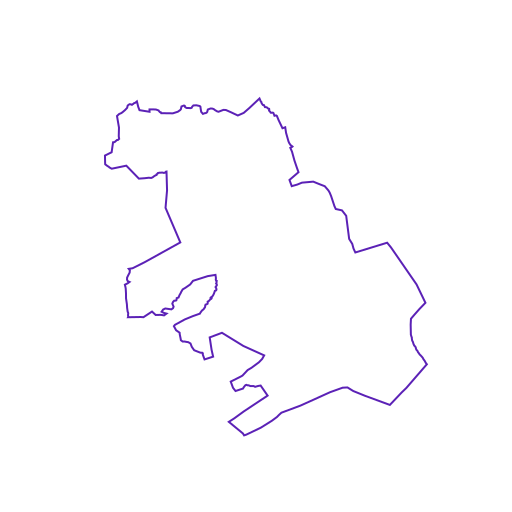 Maradun, Zamfara, Nigeria (Mercator projection), rotated 159°
{"feature_id": "59680162B87372052025364", "entity_name": "Maradun", "entity_type": "district", "adm_level": 2, "iso_a3": "NGA", "parent_name": "Nigeria", "parent_adm1": "Zamfara", "projection": "mercator", "projection_center": [6.33, 12.717], "detail": "fine", "context": "isolated", "style": "outline", "palette": "violet", "viewbox_px": 512, "rotation_deg": 159, "n_neighbors": 0, "source": "geoboundaries", "source_scale": "gbopen_adm2", "svg_char_len": 4817}
<svg xmlns="http://www.w3.org/2000/svg" viewBox="0 0 512 512"><g transform="rotate(159 256 256)"><path d="M164.7,278.8L164.4,285.0L164.5,288.8L164.9,291.2L166.8,296.5L171.0,300.3L175.7,304.7L175.9,304.9L186.8,308.0L191.9,307.9L197.6,308.4L197.5,315.0L186.3,319.0L186.2,323.8L185.9,331.3L185.0,340.4L185.2,344.7L182.9,345.0L182.7,345.1L184.0,347.2L184.5,349.5L184.6,351.3L183.8,360.2L182.6,365.7L185.5,365.8L186.2,374.8L186.3,379.3L186.9,380.1L188.5,380.3L188.5,382.6L188.5,383.3L188.8,383.7L189.1,383.9L189.8,384.1L190.7,384.3L191.0,384.8L191.1,385.7L191.5,386.5L191.7,387.1L191.4,387.6L191.1,388.1L191.0,388.7L192.0,389.5L192.3,390.2L192.5,390.7L193.2,391.3L194.3,391.8L194.5,394.0L195.5,394.6L195.8,395.8L196.0,396.7L195.8,397.8L196.2,398.5L196.2,399.5L196.3,401.8L209.3,396.5L216.2,394.0L222.6,393.7L225.4,396.6L227.4,398.7L231.8,403.1L234.1,404.1L236.9,404.1L239.3,404.1L240.5,405.0L242.2,407.2L242.8,408.3L244.0,409.3L245.6,410.0L248.5,410.0L249.9,408.0L250.6,407.6L251.6,407.4L252.7,407.7L254.6,407.7L255.5,410.3L254.9,413.2L254.4,415.3L254.8,416.2L257.7,418.1L260.5,419.0L262.0,418.3L263.0,417.4L264.1,417.5L266.1,418.4L267.8,419.1L268.8,420.4L268.7,421.7L269.3,422.3L270.5,422.3L272.0,422.3L273.5,420.0L274.5,419.4L277.3,418.7L282.5,419.0L293.3,423.3L293.4,424.3L293.7,424.4L294.1,424.7L294.2,424.9L294.4,425.4L294.6,425.9L294.7,426.3L294.8,426.8L296.9,428.6L299.4,429.7L302.9,431.0L303.7,428.8L312.5,433.9L312.5,437.4L311.8,443.0L313.9,442.3L315.0,442.4L316.3,441.9L317.1,441.9L317.5,441.6L317.8,441.7L318.5,442.4L319.5,443.0L320.9,442.8L322.0,442.3L323.2,440.5L325.9,439.2L328.4,438.3L330.4,437.7L332.9,437.6L335.6,436.5L337.9,425.0L341.2,417.0L341.8,414.4L343.4,413.8L344.2,414.1L345.9,413.5L347.2,413.0L348.7,413.4L353.6,404.6L361.0,403.9L363.6,396.7L363.9,395.6L362.4,393.2L361.5,392.1L361.1,391.2L359.4,389.2L344.7,386.8L342.6,381.9L337.6,370.2L332.0,368.5L328.1,367.5L325.8,366.4L324.2,366.5L322.6,367.0L320.9,367.3L319.8,367.3L319.5,367.9L318.5,368.1L318.0,368.6L316.4,368.4L313.4,367.4L312.3,366.6L311.1,366.4L310.0,367.0L309.3,366.9L315.5,349.2L323.2,333.4L321.8,295.8L362.3,290.1L375.6,288.8L379.4,289.6L378.9,287.8L379.9,285.8L382.3,283.7L384.1,282.0L384.9,280.1L384.7,278.4L383.4,277.1L385.6,276.5L388.7,276.2L389.0,273.9L389.3,272.3L390.8,267.6L392.5,263.1L393.8,257.3L394.9,253.8L395.1,252.9L395.8,249.9L395.7,249.3L395.8,248.3L396.6,246.8L396.9,245.9L396.9,245.2L397.4,244.7L385.6,240.4L383.0,239.2L373.0,241.4L370.8,236.9L365.8,235.1L363.1,233.5L360.2,234.3L362.4,235.9L364.1,237.8L361.9,239.3L359.5,239.5L354.1,236.5L352.2,237.0L351.1,238.2L351.2,241.5L350.1,242.7L349.3,243.2L348.4,243.6L347.6,243.3L346.6,243.1L346.0,243.4L345.1,245.1L343.2,245.0L342.1,246.2L341.1,247.2L339.8,248.2L338.7,249.3L336.4,251.1L333.4,251.6L327.7,253.0L323.7,255.4L308.3,254.5L300.6,252.9L301.3,249.8L302.0,248.4L302.1,247.3L301.6,246.9L301.8,246.5L302.5,245.1L303.1,244.6L302.8,243.6L303.0,242.8L303.8,242.2L304.9,241.5L304.8,241.0L304.7,239.9L305.0,238.7L305.6,238.2L306.9,238.2L307.7,237.2L308.6,236.1L310.1,234.7L311.3,233.9L312.6,233.6L312.9,233.5L312.4,232.8L312.7,232.3L313.4,232.0L314.3,232.1L314.8,231.6L315.9,231.0L317.5,230.7L317.8,229.7L318.3,228.8L319.4,228.6L320.5,228.7L321.2,227.9L321.7,226.8L322.2,226.2L323.1,225.8L323.6,225.3L324.5,224.9L325.9,224.5L327.5,223.5L328.4,222.9L329.0,222.3L336.5,222.5L345.1,222.3L356.3,220.8L357.8,219.9L357.2,215.3L354.8,211.8L355.3,210.0L355.9,206.3L356.3,204.3L355.1,202.4L353.2,201.7L352.0,200.9L350.1,199.8L348.5,197.8L348.5,194.2L347.5,190.2L344.8,187.7L342.6,185.7L340.8,184.9L340.5,184.2L341.0,183.1L341.1,177.9L332.1,177.4L331.1,184.3L328.4,196.6L315.3,196.5L301.6,178.6L300.1,176.6L284.0,160.3L287.1,157.7L291.4,155.7L300.5,153.2L304.7,152.5L311.5,149.2L313.5,148.9L322.5,148.0L324.6,147.8L324.7,141.2L323.5,137.3L315.6,136.9L314.7,137.7L313.4,138.5L312.1,139.2L311.0,139.1L310.6,138.6L310.0,138.2L309.2,137.9L308.8,137.5L307.9,136.6L306.9,136.2L306.1,135.9L304.8,135.4L303.7,134.2L300.6,133.9L298.1,133.4L295.2,121.5L323.0,115.3L334.5,112.2L340.8,110.9L331.8,95.0L331.4,92.8L329.1,92.7L313.0,94.0L300.2,96.5L294.1,98.2L291.5,99.4L288.4,100.6L268.1,100.4L235.6,102.3L222.3,102.0L217.7,100.5L213.6,95.1L204.2,86.3L184.4,69.0L168.9,76.4L163.0,78.9L135.3,93.7L135.7,94.9L135.9,96.1L136.1,97.7L136.7,99.8L136.7,100.5L136.9,101.5L137.4,102.9L137.9,104.2L138.5,105.4L138.8,106.9L139.2,108.1L139.3,109.7L139.8,110.8L139.9,112.2L139.7,112.9L139.7,113.6L139.8,114.5L140.2,115.2L140.4,115.8L140.4,116.9L140.5,117.3L140.3,119.7L140.4,120.2L140.5,121.3L140.0,123.4L139.7,124.2L139.8,124.8L139.6,127.1L136.2,136.5L133.8,141.9L129.2,144.4L122.3,148.0L114.6,151.6L116.3,171.9L126.9,215.6L128.8,221.4L162.0,223.7L162.3,228.0L161.8,232.8L162.9,238.6L157.4,261.2L159.4,267.8L164.7,271.3L164.9,274.5L164.7,278.8Z" fill="none" stroke="#5b21b6" stroke-width="2"/></g></svg>